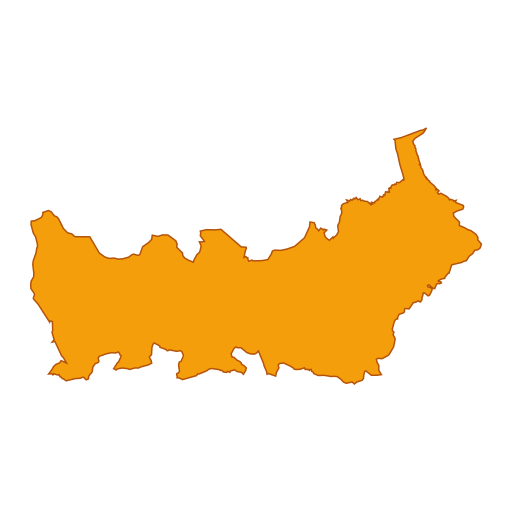 outline of Tequila, Veracruz, Mexico
{"feature_id": "50627088B92404877637147", "entity_name": "Tequila", "entity_type": "district", "adm_level": 2, "iso_a3": "MEX", "parent_name": "Mexico", "parent_adm1": "Veracruz", "projection": "orthographic", "projection_center": [-97.038, 18.75], "detail": "fine", "context": "isolated", "style": "filled", "palette": "amber", "viewbox_px": 512, "rotation_deg": 0, "n_neighbors": 0, "source": "geoboundaries", "source_scale": "gbopen_adm2", "svg_char_len": 6051}
<svg xmlns="http://www.w3.org/2000/svg" viewBox="0 0 512 512"><path d="M182.5,379.6L196.5,375.6L197.9,373.8L199.0,374.0L201.7,372.9L206.5,370.9L208.9,369.2L211.4,368.5L219.7,369.7L220.2,370.4L222.2,370.5L223.4,372.0L226.8,372.4L227.6,371.3L229.9,372.3L230.6,370.8L233.7,370.2L234.3,369.7L237.0,371.5L241.4,372.3L243.4,374.3L245.7,370.4L246.3,368.0L244.2,365.8L241.5,364.1L241.1,362.7L239.7,361.5L236.7,359.9L233.9,357.3L232.2,357.2L231.1,353.9L233.8,348.8L235.5,347.0L237.8,347.8L241.0,347.7L246.7,352.5L250.5,353.9L254.4,354.1L256.3,353.2L258.4,351.0L263.4,363.0L264.2,366.1L266.4,371.1L267.1,374.3L268.5,373.6L275.7,376.1L276.3,372.7L278.9,367.9L278.2,365.1L279.6,363.5L283.6,363.0L290.1,366.0L293.9,368.4L294.2,369.2L296.0,369.5L300.1,369.3L304.5,367.8L305.1,369.4L306.4,369.2L307.1,369.7L307.8,369.3L309.5,370.4L309.9,369.4L311.3,369.5L311.5,371.2L313.1,372.1L313.8,373.6L318.3,375.5L323.9,375.3L331.1,376.5L334.7,376.3L337.4,376.7L341.0,379.4L343.4,382.0L346.3,383.3L352.1,382.0L354.4,384.0L356.9,382.0L362.1,380.3L363.5,378.5L363.8,374.7L364.7,371.5L365.9,370.9L371.4,375.3L377.6,375.2L381.4,374.6L378.8,370.4L378.8,365.3L377.3,362.9L376.3,359.3L378.1,358.3L382.1,358.7L387.7,355.7L389.0,354.7L393.6,346.9L395.1,339.6L395.0,338.2L393.1,334.7L393.9,332.1L392.5,330.8L392.3,329.0L394.3,321.7L395.7,319.3L397.7,318.8L397.6,317.3L399.2,314.3L403.6,312.8L404.5,311.7L404.5,309.4L405.1,308.5L409.1,308.9L413.3,302.7L416.2,302.0L418.1,300.8L420.0,302.0L420.5,301.9L421.9,299.8L422.1,297.2L423.0,294.9L422.9,293.3L423.6,292.8L424.4,292.9L428.2,295.9L429.6,295.1L431.7,291.0L432.1,289.2L431.4,288.0L427.7,286.7L427.5,285.9L428.2,285.1L428.8,284.8L433.3,288.5L434.7,288.6L436.5,284.2L437.4,283.7L440.1,283.6L441.4,282.9L440.9,281.8L438.6,281.4L438.3,280.7L441.2,279.1L444.7,278.4L444.6,277.7L448.1,273.3L449.0,273.2L451.7,264.8L461.5,262.5L464.4,261.0L466.3,260.8L469.1,256.3L472.6,253.7L474.8,250.2L477.8,249.8L480.1,248.0L481.1,245.2L481.3,243.9L477.8,239.9L477.9,237.4L476.0,234.4L470.9,230.6L468.0,229.7L464.4,227.6L459.7,225.7L459.3,225.4L459.5,222.2L453.9,216.4L453.3,213.1L456.9,211.1L462.8,209.1L463.7,206.8L463.2,205.4L455.7,202.5L455.5,201.6L456.1,200.4L453.6,201.2L453.6,200.4L450.5,199.3L449.5,200.0L448.6,198.1L446.6,196.4L441.6,193.6L440.8,193.3L438.7,194.2L437.4,192.6L439.0,190.9L437.5,189.4L436.0,190.1L435.7,189.2L436.3,188.5L433.9,185.5L429.4,181.8L429.6,181.1L428.3,180.3L426.5,177.7L426.3,178.3L423.7,174.1L422.6,169.8L420.9,167.6L420.7,165.6L419.4,164.6L420.3,164.1L418.7,159.7L418.7,158.5L418.3,158.2L418.0,155.9L417.0,154.7L417.0,153.6L416.0,151.4L415.8,148.6L414.7,146.8L415.0,145.8L414.1,145.0L412.7,141.5L414.8,138.5L423.4,132.9L426.5,128.0L423.2,129.9L420.5,130.4L401.3,137.6L394.0,139.3L395.0,140.3L395.9,148.9L397.6,153.9L399.8,164.3L403.1,175.2L404.0,179.3L403.6,180.2L403.0,179.6L399.5,182.6L396.7,182.4L396.1,184.4L394.8,184.0L394.3,184.9L392.3,184.9L391.1,186.4L391.0,188.0L389.8,187.9L389.8,188.5L388.8,188.5L389.3,192.0L388.3,191.7L388.3,192.4L385.6,191.7L384.6,195.4L383.6,194.9L382.6,197.2L379.9,196.3L378.3,199.8L377.7,199.3L375.7,201.4L374.9,201.4L374.5,203.0L371.9,202.3L372.3,203.4L370.9,203.2L372.0,204.3L370.9,204.8L367.6,201.6L364.1,201.1L362.7,200.2L360.9,200.7L360.1,198.7L358.4,199.6L357.7,199.5L356.2,197.5L355.4,198.7L354.1,198.2L353.9,199.0L352.9,199.1L352.1,200.2L350.5,199.5L349.8,201.0L346.6,200.0L347.8,202.4L343.2,203.8L341.5,205.6L341.5,208.1L340.9,208.3L341.8,211.2L341.5,213.9L340.2,216.4L339.4,222.2L337.7,225.6L338.5,231.7L336.6,235.0L333.3,238.1L332.9,237.0L329.4,240.3L326.8,238.5L325.1,236.6L324.1,232.8L326.8,230.1L324.0,229.1L323.4,230.0L320.8,228.1L318.6,230.8L317.0,228.7L315.8,228.0L315.2,224.9L314.1,222.7L310.0,222.0L309.5,226.8L304.5,237.8L294.6,246.4L286.8,249.1L280.6,250.4L274.9,250.1L272.4,251.0L271.2,254.3L267.8,259.6L262.1,260.6L253.2,260.9L251.8,260.1L248.8,261.2L248.0,259.7L247.8,257.7L246.7,257.6L245.8,256.5L244.0,257.4L245.4,250.5L246.4,248.3L246.2,247.3L241.2,246.9L220.9,229.3L215.8,229.9L206.4,229.7L200.3,231.1L200.7,233.0L200.3,235.8L204.5,241.4L201.6,242.0L199.4,241.8L200.9,245.2L201.0,246.9L200.0,251.0L199.2,252.6L196.9,254.7L194.0,259.9L193.4,262.2L188.0,260.0L184.5,257.9L182.8,255.5L182.5,253.0L176.8,247.4L177.1,244.0L175.8,240.8L167.9,235.0L162.6,234.9L158.0,236.4L152.3,235.2L151.6,239.5L148.2,242.9L142.7,246.7L139.8,254.6L139.3,255.0L137.4,255.3L133.6,254.1L131.9,254.7L128.8,257.1L122.4,258.9L117.9,259.1L115.2,258.3L112.2,258.1L110.4,258.5L107.2,257.9L104.4,256.7L99.3,253.0L89.8,236.8L74.9,236.7L71.8,233.9L67.6,232.8L63.4,228.5L58.7,219.0L56.8,216.8L54.4,215.9L51.3,211.9L48.5,210.5L42.8,212.5L43.0,214.4L41.3,217.5L34.9,220.7L31.3,221.1L31.0,224.5L33.3,233.0L35.7,237.1L37.3,243.7L37.5,246.9L36.8,247.9L36.0,253.0L33.2,260.9L32.8,264.5L33.8,273.0L33.7,276.7L31.1,281.3L30.7,284.7L30.9,288.5L34.3,293.6L34.5,294.7L33.4,297.6L33.4,298.8L38.1,304.2L49.6,322.1L49.8,320.9L52.4,321.5L52.7,330.4L52.0,332.2L54.1,339.6L52.2,342.1L54.9,341.4L61.6,355.8L63.5,357.8L66.5,363.0L61.1,360.6L59.7,362.8L56.0,364.3L53.5,366.7L52.3,369.0L48.6,374.0L51.8,373.7L52.6,374.8L53.2,374.8L53.7,373.7L56.2,374.6L58.1,375.0L58.9,374.6L60.2,376.9L61.6,377.4L62.2,378.6L63.6,378.9L66.1,380.8L75.2,378.6L80.0,378.3L82.7,377.3L83.9,377.4L85.8,379.5L86.6,379.8L88.4,378.9L88.7,376.4L90.5,373.7L91.6,372.9L92.4,370.9L92.8,367.1L95.2,363.7L98.1,362.5L98.9,361.4L98.2,358.1L99.3,356.3L106.3,353.8L111.6,352.7L115.7,353.0L117.8,352.1L118.5,352.1L119.4,353.3L120.1,355.0L120.9,355.5L121.0,356.7L118.4,362.1L117.4,362.8L113.7,368.7L116.2,370.0L117.3,368.9L122.2,368.0L127.9,368.7L129.5,369.5L134.7,368.0L138.6,368.0L141.4,366.7L147.8,365.1L151.7,363.2L151.1,360.4L149.5,357.7L149.5,356.7L151.5,354.7L151.9,347.7L152.9,344.4L154.1,343.0L158.4,345.1L159.9,346.4L160.0,347.3L165.8,349.4L166.9,350.6L168.0,350.7L169.3,349.8L176.5,351.3L180.6,350.7L181.8,351.7L183.4,355.0L183.1,356.6L181.1,361.2L179.2,362.2L178.6,365.1L179.4,370.9L179.2,372.0L177.7,373.4L176.9,373.5L176.6,374.4L177.3,376.7L177.0,377.7L179.2,378.0L182.5,379.6Z" fill="#f59e0b" stroke="#b45309" stroke-width="1.5"/></svg>